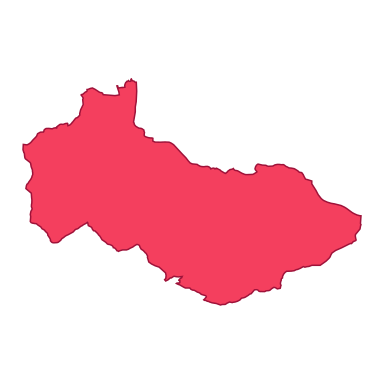 the district of Leordina, Maramures, Romania
{"feature_id": "2599482B17965531619441", "entity_name": "Leordina", "entity_type": "district", "adm_level": 2, "iso_a3": "ROU", "parent_name": "Romania", "parent_adm1": "Maramures", "projection": "natural_earth1", "projection_center": [24.258, 47.775], "detail": "fine", "context": "isolated", "style": "filled", "palette": "rose", "viewbox_px": 384, "rotation_deg": 0, "n_neighbors": 0, "source": "geoboundaries", "source_scale": "gbopen_adm2", "svg_char_len": 5931}
<svg xmlns="http://www.w3.org/2000/svg" viewBox="0 0 384 384"><path d="M220.5,305.0L222.1,304.5L225.2,304.4L226.5,303.6L226.6,303.4L229.6,302.0L232.2,302.6L233.0,302.3L235.1,302.0L237.6,301.2L240.0,299.9L241.4,298.3L241.9,298.1L243.9,297.7L245.2,297.2L248.3,295.3L249.6,294.2L251.2,293.7L254.5,289.8L256.8,289.7L257.8,290.0L258.6,290.9L259.1,291.3L260.4,291.6L261.2,291.5L261.9,291.6L264.7,291.6L266.2,290.8L268.9,290.6L270.0,290.2L271.5,288.8L273.7,287.4L274.9,287.5L275.6,287.8L277.3,288.9L280.2,288.3L280.4,287.7L280.7,286.1L281.0,285.6L280.9,285.0L280.4,284.0L280.6,282.0L281.2,280.4L281.3,279.0L281.6,278.6L282.5,277.9L282.5,277.1L282.7,276.0L283.9,273.7L285.2,272.3L286.6,271.3L291.3,271.1L294.2,270.7L296.1,269.7L297.7,269.4L300.5,268.2L303.1,266.7L303.6,266.6L304.5,267.1L305.8,267.0L306.5,266.7L309.1,266.4L311.9,265.3L320.2,265.3L326.1,261.1L329.1,258.2L330.1,256.9L330.9,254.9L332.0,253.0L335.7,250.4L341.6,247.8L349.4,243.9L350.7,243.5L351.5,243.6L353.3,241.6L355.7,240.6L356.1,240.0L355.7,238.4L355.3,235.9L355.5,234.5L360.0,229.0L360.6,225.5L361.0,224.8L360.5,223.8L360.5,222.8L361.0,215.8L359.8,215.7L357.1,215.0L354.4,213.8L352.2,212.6L346.5,208.4L344.4,207.1L341.0,205.5L334.6,203.9L331.1,203.3L327.4,202.2L323.6,200.5L321.3,198.7L318.2,194.7L316.0,190.5L311.8,183.9L311.8,181.0L307.4,179.6L305.7,179.2L305.3,178.9L304.6,177.4L304.2,176.8L303.1,174.4L302.6,173.9L302.2,173.1L301.3,172.5L299.4,172.3L297.9,170.9L295.2,169.2L294.0,168.6L291.3,168.1L289.0,167.9L286.8,166.7L286.1,166.5L283.9,164.8L283.3,164.6L281.4,164.7L279.1,164.4L277.3,164.4L274.9,164.9L272.9,166.0L272.3,166.1L268.1,166.3L267.0,165.9L265.9,165.3L262.4,165.1L258.1,164.1L257.5,164.3L256.4,165.3L255.5,166.9L255.0,168.8L255.3,169.7L256.8,171.5L256.9,171.8L256.8,172.1L253.5,174.1L252.7,174.4L247.3,174.6L245.7,174.6L244.5,174.3L241.8,173.2L237.8,170.9L236.8,170.6L235.2,170.4L234.2,169.8L233.3,168.5L232.8,168.9L232.1,169.2L230.0,169.6L229.1,170.3L228.1,170.9L227.3,172.1L226.3,172.5L225.8,173.4L225.2,173.4L221.2,171.1L219.8,169.8L218.3,169.2L217.6,168.7L216.3,168.2L216.0,168.8L215.8,168.8L215.2,168.6L214.7,168.8L214.1,168.2L213.6,168.1L212.1,168.3L210.8,168.9L210.3,168.0L209.0,166.9L207.6,166.4L206.1,166.4L204.0,166.7L202.0,166.6L200.4,166.3L198.4,165.3L197.2,164.4L192.3,163.9L190.2,163.0L188.1,160.7L185.9,157.8L182.1,153.9L173.6,144.7L171.2,143.1L169.2,142.2L164.9,142.0L160.3,142.2L154.9,142.1L152.8,141.0L152.9,138.3L152.2,138.0L149.8,137.9L148.2,137.6L146.0,136.9L144.7,136.2L144.3,135.8L144.2,135.1L144.3,133.4L144.5,132.8L144.4,132.1L144.0,131.4L143.9,130.1L142.1,128.8L141.2,128.4L138.8,128.1L135.8,126.3L134.4,124.6L134.0,122.8L133.5,122.2L135.3,111.8L135.3,107.0L136.2,101.7L136.7,91.2L136.3,82.2L135.2,82.2L133.8,81.0L133.0,81.0L132.3,80.5L131.7,79.8L131.4,79.0L130.9,79.3L130.9,81.1L130.2,81.4L129.3,81.3L128.7,81.1L128.5,80.6L127.3,81.5L127.0,81.3L125.6,82.8L125.0,84.3L124.7,85.4L124.9,87.2L122.3,87.6L122.2,87.4L118.3,88.0L117.6,85.8L116.9,85.9L118.7,91.4L119.0,92.6L119.3,94.8L117.3,95.3L114.9,95.6L103.2,94.7L102.6,93.3L101.9,92.8L101.3,92.6L100.5,92.6L99.3,92.1L95.2,89.4L92.5,88.0L90.4,88.4L88.0,89.4L87.0,89.5L87.1,90.5L86.9,91.2L86.6,91.6L85.4,92.0L83.0,94.1L82.2,94.4L81.3,94.6L81.1,95.0L82.7,97.1L83.2,98.2L82.7,99.5L83.2,104.5L80.6,109.9L79.7,113.6L79.8,115.0L79.6,115.4L78.1,116.8L77.7,117.5L76.0,118.0L75.1,118.9L72.4,122.4L72.2,122.4L71.5,123.5L70.3,124.5L69.7,125.1L67.9,125.7L67.7,123.6L67.4,123.3L65.6,123.5L63.1,124.4L61.1,124.2L60.5,124.3L59.8,124.5L56.8,126.8L56.5,127.2L56.6,127.7L57.3,128.2L55.5,127.8L53.7,128.1L52.2,128.8L48.8,128.4L46.1,128.5L44.8,129.3L44.0,130.2L43.9,131.2L43.5,132.0L40.3,132.2L37.6,133.7L36.6,136.1L35.8,137.1L33.0,139.9L30.8,142.5L29.8,143.3L28.3,144.3L27.1,144.8L26.4,144.8L23.3,144.4L23.0,149.8L23.9,152.7L24.2,153.0L24.4,153.7L24.6,156.0L24.9,157.8L25.4,158.8L29.9,162.3L30.6,163.3L31.2,166.8L32.4,169.9L32.5,171.9L32.7,172.5L32.7,174.7L32.1,176.0L31.7,177.5L30.7,179.4L28.8,182.0L27.9,183.6L27.0,184.2L26.4,185.7L25.9,188.6L31.3,193.2L31.6,197.6L31.9,199.9L31.8,203.1L31.5,204.5L31.4,206.6L32.1,208.6L31.9,209.7L31.5,210.2L30.9,211.4L30.3,214.4L30.7,216.7L30.3,221.5L31.1,222.6L32.3,223.1L35.1,223.6L36.4,223.7L37.7,224.9L40.8,226.9L42.0,228.7L44.6,230.2L45.3,231.3L47.4,233.3L47.7,234.1L47.8,235.2L49.8,238.2L50.4,239.5L50.5,240.3L50.4,240.7L51.1,241.6L51.7,242.2L52.4,242.6L53.3,242.8L54.3,242.8L57.2,242.6L58.3,242.2L60.6,240.4L62.0,238.5L63.4,237.7L65.2,236.2L66.5,235.4L67.8,234.9L73.1,232.0L74.5,230.5L74.9,229.9L76.0,229.2L77.3,228.9L78.1,228.5L80.8,226.3L82.3,225.6L83.4,224.7L86.0,223.4L87.4,222.3L87.6,222.4L87.8,223.2L88.3,225.6L90.9,226.9L91.7,227.5L92.3,229.0L93.5,230.7L94.9,230.9L97.1,233.0L97.8,233.7L98.4,234.7L100.0,236.3L102.0,239.7L105.8,242.3L107.4,244.0L108.6,244.4L110.0,244.6L111.9,245.5L112.8,246.3L113.1,246.9L113.3,247.7L114.2,247.8L114.8,248.1L116.0,249.3L117.0,250.8L117.7,250.9L118.6,251.4L119.6,250.8L122.7,249.9L126.5,249.9L128.3,249.3L130.2,248.2L132.8,247.0L134.7,245.6L136.9,244.4L138.4,244.8L139.1,245.2L139.6,245.9L140.0,247.2L141.2,249.2L143.1,250.4L144.4,251.7L145.3,252.8L145.8,253.1L146.5,253.9L146.8,254.7L147.5,255.7L147.6,256.3L147.4,257.3L148.8,262.0L151.4,263.9L155.2,265.8L159.1,267.1L165.5,272.8L166.1,275.4L165.8,278.4L164.6,279.7L165.7,281.0L168.1,279.8L170.3,277.9L171.4,277.9L173.6,276.4L174.3,276.3L176.3,276.7L178.6,276.9L182.1,276.5L181.9,276.8L181.8,277.6L180.0,278.8L179.5,279.4L179.1,279.6L178.9,280.4L179.8,280.6L179.9,280.9L179.8,281.8L179.9,282.2L179.6,282.9L176.9,283.1L176.4,283.5L178.5,284.5L179.4,284.7L183.9,287.3L185.4,288.0L189.8,288.0L191.0,289.4L192.7,290.1L193.8,290.2L194.5,290.4L196.4,291.5L197.1,292.0L199.2,292.7L200.0,293.2L200.8,294.0L201.7,294.5L205.4,295.6L205.9,295.9L206.3,296.6L206.2,297.2L205.3,298.1L204.8,298.8L203.7,299.8L203.8,299.9L204.4,300.3L206.0,300.5L207.1,301.2L208.7,301.5L209.6,302.0L212.0,302.8L216.3,303.5L220.5,305.0Z" fill="#f43f5e" stroke="#9f1239" stroke-width="1.5"/></svg>